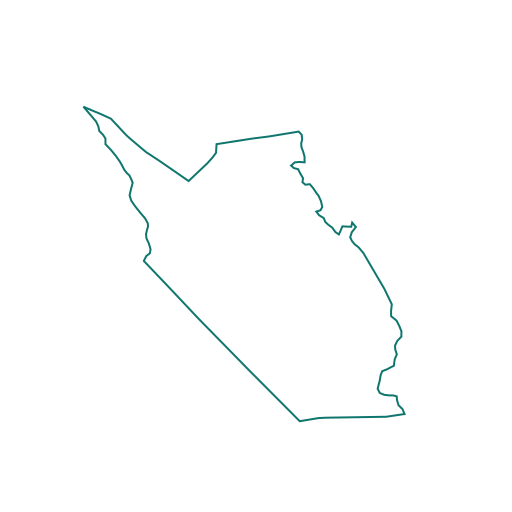 União dos Palmares, Alagoas, Brazil, rotated 70°
{"feature_id": "56859067B51889338101511", "entity_name": "União dos Palmares", "entity_type": "district", "adm_level": 2, "iso_a3": "BRA", "parent_name": "Brazil", "parent_adm1": "Alagoas", "projection": "orthographic", "projection_center": [-36.041, -9.125], "detail": "fine", "context": "isolated", "style": "outline", "palette": "teal", "viewbox_px": 512, "rotation_deg": 70, "n_neighbors": 0, "source": "geoboundaries", "source_scale": "gbopen_adm2", "svg_char_len": 1760}
<svg xmlns="http://www.w3.org/2000/svg" viewBox="0 0 512 512"><g transform="rotate(70 256 256)"><path d="M426.2,271.4L429.7,252.6L431.5,246.8L432.8,242.9L451.6,188.6L455.3,170.5L450.0,170.7L445.0,173.1L439.8,172.8L436.0,171.8L433.9,174.8L432.6,178.4L430.3,183.0L427.1,186.5L422.4,187.1L418.8,184.7L415.2,182.2L410.7,179.7L407.4,176.8L407.3,171.8L406.7,167.5L406.3,164.0L400.5,161.0L396.6,157.3L391.2,157.1L387.6,155.9L383.9,152.0L381.5,147.0L376.5,145.1L370.8,145.3L364.8,146.0L358.8,149.6L354.1,148.0L347.8,144.9L330.9,146.6L289.9,154.1L282.8,156.7L278.9,159.2L274.7,160.7L270.6,161.1L266.4,157.8L262.9,152.2L257.5,154.2L261.1,156.5L259.5,160.4L257.7,164.7L261.4,168.1L264.1,170.8L260.6,173.2L255.5,174.6L251.1,177.5L247.8,179.2L243.5,179.4L239.3,182.8L234.9,184.1L235.1,179.8L232.5,176.9L226.6,176.2L220.9,176.6L216.6,177.9L211.7,179.1L206.9,180.9L205.9,185.2L202.6,187.1L199.0,185.2L194.0,186.1L188.8,186.8L186.3,190.4L183.0,192.1L181.3,187.6L182.4,183.3L184.6,178.3L179.2,176.4L173.9,176.0L169.5,176.1L165.8,175.1L162.2,172.7L157.7,171.6L153.7,173.3L148.2,202.5L144.3,219.7L137.4,254.8L145.4,258.3L148.7,263.4L152.2,269.9L162.5,293.7L145.8,305.5L132.9,314.7L120.7,323.8L104.0,333.4L99.0,336.1L95.7,337.6L77.3,345.4L68.2,354.7L64.8,358.5L56.7,367.1L68.1,362.8L74.9,360.3L80.2,359.8L84.9,360.5L89.8,358.3L94.1,357.3L99.4,359.2L106.8,356.0L113.9,353.5L120.5,351.7L124.4,351.0L129.8,350.3L133.7,349.1L137.0,347.4L141.7,346.9L145.1,346.9L150.7,350.8L155.7,354.0L161.2,354.3L166.4,353.0L170.6,351.7L175.6,350.0L182.6,347.4L188.1,346.5L191.4,347.4L194.2,349.5L197.9,351.9L201.9,352.9L207.5,352.4L213.7,352.8L217.2,354.9L218.5,359.1L222.3,363.1L253.8,349.3L294.2,331.9L302.4,328.2L359.7,302.2L426.2,271.4Z" fill="none" stroke="#0f766e" stroke-width="2"/></g></svg>